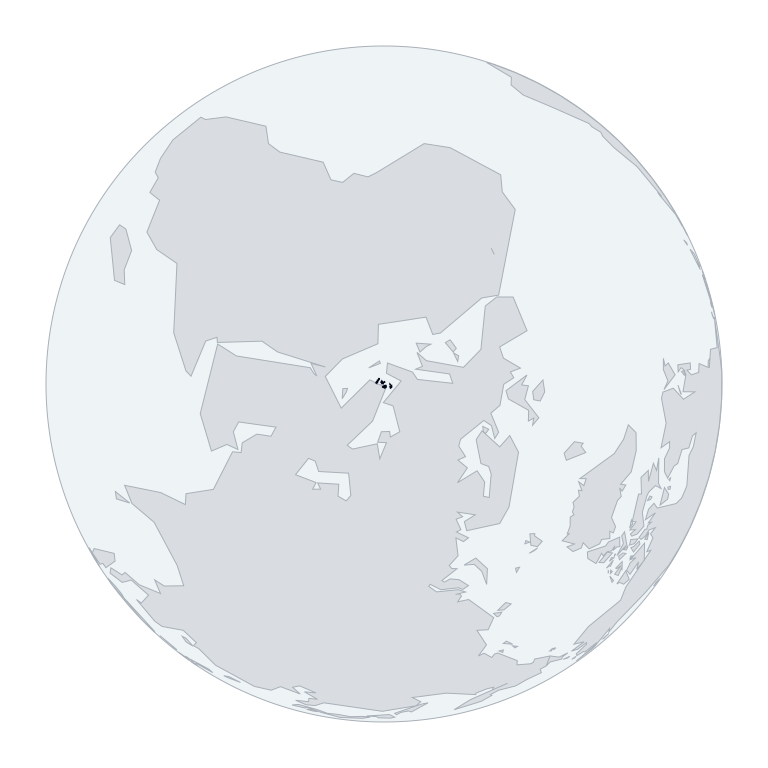 Voreio Aigaio on an orthographic globe, rotated 139°
{"feature_id": "GRC-2988", "entity_name": "Voreio Aigaio", "entity_type": "Region", "adm_level": 1, "iso_a3": "GRC", "parent_name": "Greece", "parent_adm1": "", "projection": "orthographic", "projection_center": [25.95, 38.775], "detail": "fine", "context": "on_globe", "style": "filled", "palette": "ink", "viewbox_px": 768, "rotation_deg": 139, "n_neighbors": 0, "source": "natural_earth", "source_scale": "10m", "svg_char_len": 13379}
<svg xmlns="http://www.w3.org/2000/svg" viewBox="0 0 768 768"><g transform="rotate(139 384 384)"><circle cx="384" cy="384" r="338" fill="#eef3f6" stroke="#a8b0b8"/><path d="M271.6,65.3L273.5,64.7L263.9,68.1L269.1,66.4L281.5,62.4L288.4,60.3L323.0,55.2L364.1,51.6L376.9,49.4L374.3,51.5L398.4,47.6L420.6,48.8L395.6,48.4L393.1,49.3L408.2,50.0L408.9,51.2L416.6,52.5L416.0,54.2L401.5,54.8L400.9,56.1L411.6,56.7L417.8,59.4L402.2,58.2L411.4,63.0L388.8,66.8L347.3,65.6L334.7,72.1L291.8,83.4L295.7,85.0L281.9,91.5L281.2,96.0L273.5,97.6L279.6,99.9L286.9,97.7L292.0,98.1L292.3,100.8L282.4,103.1L280.8,102.0L278.1,104.2L273.0,104.3L275.7,105.8L263.7,108.7L275.8,110.0L266.5,115.9L258.5,116.8L259.1,111.1L241.9,102.1L234.0,102.7L222.3,108.4L200.6,130.0L191.9,133.6L180.4,142.4L185.2,142.5L195.9,135.8L202.1,139.0L214.5,131.3L218.8,131.8L231.7,126.8L229.9,133.8L221.3,143.6L210.5,148.3L206.3,153.1L216.8,154.1L196.8,169.3L184.0,191.1L178.8,194.9L168.4,191.0L168.0,176.0L154.5,174.1L163.4,182.0L150.3,192.7L148.2,197.6L149.0,201.4L154.0,200.2L149.6,205.7L139.1,199.0L143.0,193.9L146.3,195.8L146.0,189.2L138.9,186.3L132.8,192.7L128.5,183.9L124.1,188.7L120.7,189.9L128.0,182.7L114.8,196.0L108.7,192.9L90.6,218.0L108.2,190.8L114.4,181.3L120.4,172.7L117.3,176.5L121.3,171.4L138.8,151.4L157.9,132.9L178.4,115.9L200.1,100.5L223.0,86.9L246.8,75.2L271.6,65.3ZM57.6,296.4L57.0,299.6L53.6,313.1L57.6,296.4ZM53.4,314.2L55.4,307.3L52.7,320.7L52.2,342.9L51.3,344.5L50.4,381.9L55.3,411.2L56.4,427.5L55.2,431.8L58.3,441.4L58.4,446.1L75.9,483.4L89.3,510.6L91.9,526.3L86.6,531.9L95.7,559.5L92.7,555.2L80.8,533.2L70.6,510.4L62.1,486.9L55.4,462.9L50.5,438.4L47.4,413.6L46.1,388.6L46.7,363.7L49.1,338.8L53.4,314.2ZM89.1,219.1L86.1,225.1L72.0,257.8L75.2,247.4L75.5,247.4L80.0,237.2L87.0,223.1L88.8,219.5L89.1,219.1ZM90.5,221.1L92.5,216.6L91.2,220.0L90.5,221.1ZM291.3,59.3L281.7,62.3L270.2,65.9L278.2,63.1L291.3,59.3ZM313.2,54.6L308.8,55.8L303.5,56.3L307.6,55.4L313.2,54.6ZM386.0,48.1L378.0,48.2L385.5,47.8L386.0,48.1ZM417.7,52.5L419.8,52.2L422.9,53.1L417.7,52.5ZM231.8,123.5L231.7,125.1L229.4,125.1L231.8,123.5ZM237.5,120.0L234.8,118.8L237.1,117.0L238.7,117.8L237.5,120.0ZM425.0,56.7L429.3,58.6L422.4,56.6L425.0,56.7ZM240.2,121.9L241.5,114.1L245.6,111.0L255.1,111.5L240.2,121.9ZM430.2,59.8L441.0,65.2L446.5,64.8L437.1,69.8L431.0,63.0L421.6,60.5L428.5,61.0L430.2,59.8ZM289.0,95.8L281.4,98.3L287.5,93.9L289.0,95.8ZM291.7,93.0L303.3,80.1L314.8,78.4L308.6,82.7L323.2,79.0L323.1,84.3L315.1,87.6L307.7,87.6L313.3,89.8L291.7,93.0ZM430.1,72.1L430.6,73.8L427.3,72.2L430.1,72.1ZM294.5,98.0L295.8,95.3L305.9,93.5L305.0,98.5L302.1,97.5L294.5,98.0ZM327.1,75.7L334.4,75.6L336.4,79.7L339.5,80.3L324.1,84.4L327.1,75.7ZM299.9,99.3L304.4,101.3L299.9,104.7L293.9,100.5L299.9,99.3ZM308.8,91.0L313.5,90.5L310.6,92.3L308.8,91.0ZM286.5,119.1L287.8,115.4L293.2,114.0L286.5,119.1ZM306.3,101.8L307.9,100.6L310.1,99.8L312.0,101.9L306.3,101.8ZM326.5,87.3L325.8,89.2L332.9,85.8L334.7,89.2L324.1,91.4L329.4,91.9L329.9,93.0L320.7,93.7L326.5,87.3ZM320.8,101.7L308.0,106.5L304.3,113.4L299.4,114.6L306.2,103.4L320.8,101.7ZM321.5,96.9L320.0,100.1L314.7,99.8L312.6,97.4L321.5,96.9ZM339.6,90.9L339.7,85.0L342.0,84.8L339.6,90.9ZM320.8,103.7L323.9,102.6L321.1,104.2L320.8,103.7ZM335.0,94.8L334.7,92.6L337.4,92.4L335.0,94.8ZM330.3,102.3L326.2,103.7L324.5,102.0L330.3,102.3ZM333.3,98.9L337.0,99.1L326.5,100.6L332.7,97.9L333.3,98.9ZM337.5,94.9L339.0,94.1L337.3,95.9L337.5,94.9ZM338.8,108.3L325.9,110.6L322.4,106.6L335.4,104.9L338.8,108.3ZM179.0,518.9L158.7,465.3L168.7,451.4L170.5,429.6L239.2,375.9L253.8,384.8L308.0,385.5L314.7,389.4L308.4,406.9L349.1,432.7L362.2,418.4L399.0,430.2L423.4,428.2L432.1,393.8L392.0,396.4L385.0,379.9L417.0,363.5L452.0,361.9L450.4,355.5L428.3,343.3L436.3,330.3L420.6,338.1L427.0,344.2L417.3,349.7L410.9,344.5L414.0,339.8L403.4,337.6L391.5,361.5L396.7,370.4L369.1,375.0L375.1,390.5L367.6,397.6L354.6,374.2L355.8,365.6L331.7,339.4L327.9,348.6L350.4,374.4L343.4,372.1L338.4,386.2L336.7,373.8L313.1,344.4L288.2,346.5L256.4,376.4L241.8,375.7L229.5,364.9L241.1,330.4L272.4,336.1L276.9,325.2L270.6,306.5L280.7,310.2L281.9,303.6L293.8,305.2L310.5,291.8L322.5,291.9L329.1,272.4L336.2,270.2L330.2,282.1L332.6,291.0L362.5,292.1L368.3,288.1L370.1,275.7L378.1,278.1L376.1,266.0L393.3,261.3L370.7,257.4L372.3,244.0L382.6,234.1L379.1,229.3L362.2,245.7L359.1,253.1L363.0,260.4L351.0,281.5L340.8,284.4L337.9,260.6L322.9,262.6L327.2,244.3L370.3,209.2L388.2,202.8L417.8,219.0L413.6,227.4L400.9,225.4L412.6,239.1L411.7,232.2L418.3,234.6L421.5,223.6L426.4,224.8L421.1,212.5L427.4,212.9L430.7,220.7L440.8,205.8L453.9,204.2L453.9,200.3L450.1,196.7L469.3,197.7L468.4,194.9L461.8,193.4L455.7,187.0L452.5,176.4L459.3,177.3L461.4,181.3L476.0,191.4L480.5,202.5L483.0,201.9L480.7,192.6L462.8,180.0L458.9,173.5L468.1,178.2L464.5,176.0L464.7,173.1L471.3,171.3L461.5,165.8L454.5,135.7L466.6,130.2L475.5,137.1L477.8,119.9L491.2,116.8L485.1,115.2L482.1,106.9L477.8,107.7L474.7,106.4L464.9,87.8L467.9,84.8L456.8,76.6L453.6,76.0L450.8,77.6L437.1,69.8L446.5,64.8L453.2,66.3L454.6,62.9L469.7,67.2L482.8,69.8L498.4,77.7L507.4,79.8L506.9,78.3L518.7,80.7L544.8,92.2L525.9,89.1L487.2,77.1L503.2,82.1L500.2,83.2L506.4,86.5L517.6,90.4L518.5,89.4L539.9,109.9L568.3,128.8L564.7,120.1L570.9,120.1L600.0,138.1L638.5,182.8L647.1,186.6L653.3,193.2L658.2,203.3L649.4,193.8L646.8,196.0L641.1,189.7L646.0,203.9L638.0,195.5L645.7,211.5L651.9,215.1L650.6,205.0L660.7,223.5L670.0,226.9L680.2,240.8L695.6,282.2L697.4,305.6L699.4,311.5L695.3,311.9L697.1,329.8L710.5,346.5L712.6,355.1L712.2,383.8L710.9,377.9L700.2,379.1L703.4,401.8L711.7,406.0L714.8,421.0L710.7,424.4L707.0,411.8L703.1,411.7L700.4,393.0L690.1,372.5L685.6,386.6L682.4,375.7L667.5,363.1L659.1,382.8L648.2,430.4L652.6,459.3L646.2,477.7L623.8,448.6L613.0,423.3L605.4,431.1L581.9,416.4L542.8,432.2L536.8,426.0L529.6,432.6L512.9,429.6L503.6,418.7L493.8,422.3L518.6,450.7L529.1,446.8L537.2,430.4L542.2,441.4L558.2,446.6L542.1,482.2L483.3,523.3L477.0,502.0L429.0,444.7L430.1,437.0L429.9,436.2L429.3,434.7L425.5,447.4L417.0,435.2L443.3,478.0L448.0,496.4L482.5,524.7L479.4,528.8L490.4,533.4L524.5,516.5L524.9,523.7L509.1,560.6L461.2,610.8L467.3,634.5L463.3,654.2L432.8,669.9L435.0,682.2L419.1,687.7L417.7,694.0L404.7,700.9L383.2,706.7L347.1,705.5L345.3,700.8L327.9,689.1L304.0,656.0L313.5,641.2L310.5,627.4L284.4,591.3L290.1,572.9L283.0,563.3L268.5,562.7L260.2,550.8L251.4,548.5L196.0,539.1L179.0,518.9ZM215.8,409.5L214.0,415.9L214.0,416.0L215.8,409.5ZM489.7,377.4L510.3,373.6L499.9,354.2L506.9,351.4L500.8,346.2L499.0,352.9L483.9,338.0L492.3,329.5L489.2,320.6L482.2,321.6L469.2,339.9L490.7,360.8L486.5,370.8L489.7,377.4ZM52.3,343.4L51.8,349.1L51.5,345.5L52.3,343.4ZM73.2,251.5L71.4,256.2L69.6,260.7L70.5,258.0L73.2,251.5ZM64.0,289.6L63.2,296.2L63.0,291.8L64.0,289.6ZM70.3,262.7L64.6,285.0L64.5,278.5L68.5,264.8L67.2,270.8L70.3,262.7ZM86.3,226.7L84.6,230.4L83.4,232.1L86.3,226.7ZM89.5,223.7L89.8,222.8L91.6,219.5L89.5,223.7ZM150.9,193.0L151.6,193.7L151.3,198.3L149.2,197.6L150.9,193.0ZM163.7,211.6L156.3,220.1L160.1,213.2L155.7,213.4L158.2,200.0L176.4,196.1L167.7,200.0L163.7,211.6ZM166.6,182.0L162.9,190.3L166.2,181.4L166.6,182.0ZM277.3,268.7L281.3,273.9L276.7,280.8L261.4,282.8L267.9,272.6L277.3,268.7ZM288.0,279.9L289.3,256.9L298.9,255.4L293.3,260.0L299.4,261.3L292.1,269.2L299.9,291.1L296.4,298.9L270.2,297.0L280.7,293.0L276.2,287.9L288.0,279.9ZM276.0,207.9L276.7,199.9L296.4,206.8L293.5,213.6L278.1,215.5L272.5,208.6L276.0,207.9ZM256.8,125.0L255.8,122.9L258.6,122.0L261.6,123.2L256.8,125.0ZM286.7,117.5L264.1,133.9L261.8,132.1L251.3,144.9L241.2,145.4L248.3,137.0L232.7,147.4L235.0,140.0L225.1,147.9L242.0,128.9L243.5,123.3L245.7,129.2L255.0,128.8L259.4,126.9L273.2,117.7L281.0,106.2L291.5,104.7L296.8,106.6L296.5,109.1L289.8,109.2L294.2,112.5L284.3,114.6L286.7,117.5ZM352.8,141.0L345.2,138.3L352.4,148.8L342.5,149.5L344.0,150.7L336.9,154.5L330.7,161.4L326.3,160.7L325.8,163.7L321.1,166.6L319.0,170.7L310.2,171.1L306.9,176.3L304.6,173.6L301.2,182.6L299.8,176.2L293.5,179.9L298.2,184.1L256.0,180.4L239.4,185.1L226.4,192.9L225.7,181.9L237.4,168.2L255.0,155.5L271.1,153.1L267.8,149.1L274.6,146.9L274.3,151.0L278.7,143.5L284.2,142.9L299.9,134.0L302.8,124.4L308.7,121.2L310.2,124.7L314.9,119.2L321.8,123.9L326.1,121.9L337.3,125.0L337.8,133.6L342.6,130.8L351.3,133.5L352.8,141.0ZM341.8,109.4L344.7,118.6L340.7,123.8L323.0,116.4L318.1,117.5L306.6,113.8L312.6,106.6L315.3,108.2L319.4,108.2L315.9,110.4L321.7,108.7L325.7,111.0L331.3,110.4L330.7,113.5L341.8,109.4ZM322.5,383.3L327.7,384.6L335.9,384.5L332.9,393.7L322.5,383.3ZM306.0,363.5L310.8,362.9L310.6,375.0L305.1,374.0L306.0,363.5ZM313.6,352.6L311.1,361.9L309.2,356.3L313.6,352.6ZM334.7,281.1L339.8,280.0L340.2,282.9L337.3,287.2L334.7,281.1ZM372.2,175.2L368.4,172.1L370.0,170.7L367.8,161.5L374.9,160.6L379.0,165.9L372.2,175.2ZM425.2,400.3L418.1,407.5L414.4,404.6L417.6,402.7L425.2,400.3ZM373.2,402.0L385.0,406.2L372.3,404.4L373.2,402.0ZM379.6,172.8L377.8,169.0L382.5,171.0L379.6,172.8ZM380.0,159.6L385.5,161.0L375.5,159.5L380.0,159.6ZM519.4,639.0L494.5,674.1L479.1,677.6L477.2,670.2L486.9,650.3L505.2,640.6L514.4,629.1L519.4,639.0ZM716.7,443.4L715.8,447.6L713.8,454.0L715.1,447.2L718.4,432.8L716.7,443.4ZM714.9,447.9L710.7,450.0L698.8,433.2L703.2,426.7L714.4,427.9L713.9,433.1L716.5,434.2L714.9,447.9ZM720.8,411.3L720.5,414.3L719.8,418.6L719.4,407.9L719.7,397.9L720.6,393.1L719.4,347.9L719.9,347.3L721.3,364.1L721.4,365.7L720.8,411.3ZM654.0,461.0L661.3,472.8L657.3,479.1L654.0,461.0ZM715.5,322.2L718.2,341.2L714.6,319.2L715.5,322.2ZM711.3,304.0L712.9,309.2L711.7,307.0L711.3,304.0ZM702.6,319.2L701.8,325.9L700.2,322.1L700.1,311.4L702.6,319.2ZM688.1,252.9L694.2,264.2L696.3,269.0L692.9,264.7L688.1,252.9ZM438.0,165.4L433.1,178.6L434.3,188.7L442.4,194.8L428.9,192.4L427.1,176.8L438.0,165.4ZM451.8,139.0L444.7,134.5L449.0,133.3L451.3,134.1L451.8,139.0ZM446.6,138.5L435.5,139.2L432.3,134.6L441.7,134.9L446.6,138.5ZM407.6,154.9L405.6,158.7L401.9,156.8L407.6,154.9ZM713.2,307.9L715.0,316.2L712.1,303.3L713.2,307.9ZM714.5,314.3L712.9,308.3L712.4,305.2L714.5,314.3ZM711.6,301.1L709.5,293.5L710.3,296.0L711.6,301.1ZM708.7,295.5L710.5,297.6L711.0,304.1L703.3,283.7L702.6,278.5L708.7,295.5ZM655.8,189.4L651.8,185.3L648.9,180.0L652.5,184.3L655.8,189.4ZM635.8,161.1L646.8,177.3L654.9,191.5L655.9,191.0L664.0,202.1L658.7,198.2L647.8,181.8L642.9,172.8L635.3,164.6L627.5,154.8L618.6,147.5L613.0,141.7L619.6,145.8L635.8,161.1ZM614.9,144.8L596.7,130.9L594.5,125.5L598.0,127.3L607.3,135.8L607.9,138.0L614.9,144.8ZM591.6,126.2L592.0,128.5L565.9,117.9L559.9,114.5L578.5,118.5L579.9,121.1L586.7,125.1L591.6,126.2ZM434.1,73.8L430.9,73.8L432.5,72.7L434.1,73.8ZM472.4,107.0L468.4,105.0L470.5,103.4L472.4,107.0ZM458.3,99.0L458.8,102.1L455.4,98.4L458.3,99.0ZM460.3,109.6L457.6,103.2L464.2,109.9L460.3,109.6Z" fill="#d9dde1" stroke="#a8b0b8" stroke-width="1"/><path d="M387.0,382.4L387.0,382.5L386.8,382.5L386.7,382.5L386.6,382.4L386.6,382.2L386.3,382.0L386.2,382.1L386.3,382.2L386.5,382.3L386.7,382.5L386.6,382.8L386.2,382.9L385.8,382.8L385.7,382.7L385.2,382.5L384.9,382.5L384.8,382.3L384.7,382.2L384.8,382.1L385.0,382.1L385.1,381.9L385.3,381.9L385.5,381.7L385.3,381.4L385.2,381.5L384.9,381.8L384.7,382.0L384.4,382.1L384.0,382.0L384.0,381.9L383.9,381.9L383.7,381.8L383.6,381.7L383.6,381.4L383.6,381.2L383.8,381.0L383.9,380.9L383.9,381.0L384.1,381.0L384.3,381.0L384.4,380.9L384.5,380.9L384.5,381.0L384.6,380.9L384.9,380.8L385.0,380.8L385.0,380.7L385.0,380.4L385.8,380.4L385.8,380.6L386.1,380.7L386.1,380.8L386.0,381.0L386.3,381.3L386.5,381.6L386.7,381.8L386.8,382.0L387.0,382.3L387.0,382.4ZM385.0,385.4L384.9,385.4L384.9,385.6L384.9,385.8L384.9,386.0L384.9,386.5L385.0,386.8L384.9,386.8L384.7,387.0L384.8,387.2L384.8,387.3L384.6,387.3L384.4,387.4L384.4,387.5L384.2,387.6L384.0,387.4L383.9,387.4L383.8,387.2L383.7,387.3L383.7,387.1L383.7,386.9L383.8,386.9L384.0,386.8L384.1,386.7L384.2,386.3L384.1,386.2L384.0,385.9L383.9,385.8L383.7,385.8L383.7,385.7L383.5,385.4L383.5,385.2L384.2,385.0L384.3,385.0L384.5,385.1L384.7,385.4L384.8,385.3L384.8,385.2L384.9,385.3L385.0,385.4ZM381.7,376.6L381.7,376.8L381.5,377.0L381.4,377.2L381.4,377.3L381.2,377.4L381.2,377.5L381.3,377.6L381.4,377.8L381.3,378.0L381.2,378.0L381.1,377.9L380.9,377.7L381.0,377.4L380.9,377.3L380.8,377.2L380.6,377.4L380.6,377.5L380.7,377.8L380.3,377.8L380.5,377.7L380.4,377.6L380.0,377.7L379.9,377.7L380.0,377.6L379.9,377.6L379.9,377.4L380.0,377.4L379.9,377.4L380.0,377.3L380.0,377.2L379.9,377.1L379.9,376.9L380.0,376.8L380.3,376.7L380.4,376.8L380.5,376.8L380.7,376.7L380.8,376.7L380.9,376.8L381.0,377.0L381.2,376.9L381.3,376.9L381.4,376.7L381.5,376.6L381.7,376.6ZM389.1,390.1L389.2,390.3L389.1,390.2L388.9,390.3L388.5,390.4L388.4,390.5L388.0,390.6L387.9,390.6L387.8,390.4L387.7,390.3L387.5,390.2L387.5,390.3L387.4,390.3L387.2,390.3L387.1,390.5L387.1,390.4L387.0,390.5L387.0,390.4L386.9,390.2L387.0,390.0L387.1,389.9L387.3,389.8L387.8,389.6L388.0,389.6L388.3,389.8L388.5,389.9L388.7,390.0L388.8,390.0L388.7,389.9L388.8,389.8L388.9,389.7L388.9,389.8L389.0,389.9L389.0,390.0L389.1,390.1ZM385.9,390.4L385.8,390.6L385.7,390.7L385.3,391.1L385.2,391.1L384.8,391.2L384.7,391.2L384.7,391.3L384.4,391.4L384.2,391.4L384.1,391.2L384.3,391.1L384.4,390.9L384.5,390.7L385.0,390.7L385.3,390.7L385.5,390.5L385.7,390.4L385.9,390.4ZM382.3,385.0L382.5,385.1L382.4,385.4L382.2,385.4L382.2,385.2L382.3,385.0L382.3,385.0ZM379.7,379.3L379.9,379.4L379.9,379.6L379.6,379.9L379.6,379.6L379.7,379.4L379.7,379.3Z" fill="#0f172a" stroke="#020617" stroke-width="1.5"/></g></svg>